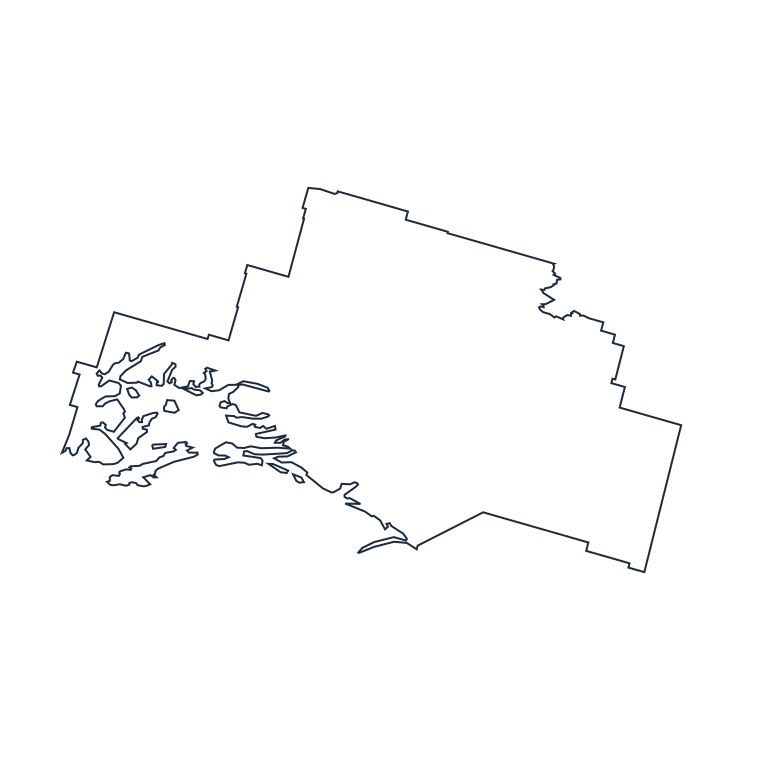 outline of Valdez-Cordova, Alaska, United States of America, rotated 16°
{"feature_id": "52423323B16539688175930", "entity_name": "Valdez-Cordova", "entity_type": "district", "adm_level": 2, "iso_a3": "USA", "parent_name": "United States of America", "parent_adm1": "Alaska", "projection": "natural_earth1", "projection_center": [-146.532, 61.491], "detail": "fine", "context": "isolated", "style": "outline", "palette": "slate", "viewbox_px": 768, "rotation_deg": 16, "n_neighbors": 0, "source": "geoboundaries", "source_scale": "gbopen_adm2", "svg_char_len": 6163}
<svg xmlns="http://www.w3.org/2000/svg" viewBox="0 0 768 768"><g transform="rotate(16 384 384)"><path d="M257.2,216.4L257.2,237.2L260.6,237.2L260.6,247.2L261.6,247.2L262.6,307.3L219.8,307.3L219.8,315.9L221.3,315.9L221.2,350.4L222.6,350.4L222.5,384.9L202.1,384.9L202.0,389.4L104.8,389.4L103.3,447.2L82.6,447.2L81.9,458.8L88.8,458.8L87.8,490.7L95.7,490.7L95.4,519.8L93.4,538.9L96.4,535.8L96.6,533.1L99.3,532.4L101.7,536.8L104.4,538.4L106.1,537.3L107.8,534.8L107.9,529.5L110.8,523.8L109.9,520.8L112.5,518.5L115.7,520.7L117.3,524.0L114.8,529.2L122.0,535.0L119.4,539.4L127.6,538.9L131.4,537.3L136.2,538.7L145.7,535.7L149.5,533.4L153.8,526.8L146.5,519.4L129.5,508.7L123.0,506.3L115.3,507.5L115.1,506.0L122.7,502.2L122.6,499.1L124.5,498.4L127.8,499.9L127.8,502.7L130.5,504.4L137.5,504.4L144.2,487.8L141.5,484.1L142.6,481.9L141.4,480.3L131.8,472.3L124.8,476.4L121.1,480.0L119.8,482.9L114.0,484.6L112.7,483.3L112.8,481.9L113.8,479.1L117.0,475.6L120.0,472.6L128.7,469.9L132.6,466.0L131.6,458.1L128.5,456.2L119.0,456.3L112.8,464.1L110.7,464.8L110.0,463.3L111.4,455.5L109.2,454.1L106.4,454.9L104.9,453.1L106.8,449.3L109.7,451.5L112.7,451.7L115.9,448.3L118.2,440.2L119.5,438.4L123.1,436.7L126.4,432.0L127.3,425.1L130.5,424.9L133.2,431.5L135.1,431.6L140.0,426.6L140.3,423.6L142.0,421.8L156.4,408.8L161.7,405.3L162.5,407.0L158.9,410.5L158.0,413.9L144.2,424.5L144.0,429.1L132.2,442.1L128.5,449.2L128.8,452.4L137.3,453.7L146.2,450.8L146.8,449.5L160.0,450.7L161.1,450.2L159.5,446.8L156.6,444.7L158.7,440.7L166.1,443.7L166.3,444.5L165.2,445.0L165.8,447.9L171.0,447.0L172.2,444.6L169.8,435.0L174.6,423.9L174.6,422.0L178.0,422.4L178.9,424.8L176.4,428.9L175.1,441.2L177.6,442.5L179.5,440.8L178.4,439.3L179.7,436.2L181.1,436.3L182.6,437.9L182.7,442.6L188.4,444.3L196.1,440.3L196.6,434.6L200.7,433.7L200.7,436.7L203.8,438.7L207.3,437.4L206.6,435.7L207.2,433.9L210.5,431.0L211.2,428.4L209.5,424.1L207.7,423.1L209.9,420.5L208.0,418.7L209.5,417.1L218.1,417.6L213.1,420.1L217.9,427.9L218.0,430.6L219.7,432.4L219.3,434.4L213.5,437.5L220.0,438.5L227.2,435.5L234.7,427.7L241.9,425.6L248.0,420.1L262.7,418.7L273.2,419.7L275.7,422.1L275.2,423.0L248.4,423.4L245.7,424.5L244.2,425.9L244.8,427.2L241.1,433.3L237.7,436.3L238.4,441.0L241.4,444.8L239.1,445.4L235.4,444.4L232.1,446.5L231.9,450.4L233.4,451.5L239.3,450.8L239.8,448.5L244.0,445.0L247.4,445.1L252.8,451.1L269.7,449.9L275.2,445.3L281.0,445.1L282.3,445.8L281.4,447.3L275.8,451.1L267.8,453.4L256.7,454.9L251.6,457.0L248.6,456.2L240.9,457.9L245.1,463.8L258.8,464.0L264.3,462.8L268.7,458.5L271.4,458.6L271.0,460.0L272.1,460.8L277.0,460.4L279.4,457.6L283.2,459.5L290.7,454.4L292.3,457.7L274.7,467.3L275.2,468.9L276.0,469.9L284.3,469.0L294.4,465.4L303.4,460.6L303.6,461.5L295.8,468.0L295.3,470.5L300.6,469.1L303.6,465.0L307.8,463.1L303.7,467.0L303.7,470.8L308.8,470.7L311.7,472.0L299.5,474.5L283.6,479.6L273.2,480.6L267.1,484.1L260.3,485.7L254.5,483.0L248.1,483.6L239.5,492.6L239.2,496.3L239.8,497.3L244.6,498.3L250.9,496.6L254.9,497.2L251.2,500.1L242.6,503.1L241.7,503.9L242.0,505.2L245.0,508.1L248.4,508.3L265.1,499.6L271.3,498.2L276.6,498.8L284.3,495.6L289.0,495.8L288.4,491.2L285.9,489.2L268.5,491.5L268.1,487.3L271.0,486.2L278.9,487.2L287.2,485.2L309.8,477.2L314.2,473.0L316.3,472.6L318.2,473.8L311.2,480.2L302.5,483.0L298.9,485.7L307.3,487.7L316.4,484.7L327.5,487.0L334.7,490.2L334.4,492.8L354.1,501.2L363.3,502.7L365.1,502.2L370.7,496.6L370.8,491.7L379.1,489.7L382.7,486.6L385.7,486.7L386.8,487.9L385.2,490.6L376.6,501.4L377.3,503.5L380.7,504.2L382.4,503.1L394.4,505.8L379.6,509.6L401.1,511.9L408.7,514.6L410.5,513.5L417.8,516.1L425.1,523.4L427.1,520.1L425.0,517.8L427.9,516.2L430.1,518.4L443.8,522.6L448.7,526.6L448.4,528.4L435.6,528.5L418.2,538.6L408.4,547.5L405.7,553.0L406.6,553.2L419.5,543.2L437.3,532.8L449.8,530.5L461.0,533.9L460.9,530.1L514.7,480.0L624.1,480.0L624.4,488.7L669.4,488.7L669.6,493.1L686.1,493.1L681.0,341.7L617.0,341.7L616.4,320.5L602.3,320.5L602.2,315.9L605.1,315.9L604.1,281.5L592.7,281.5L592.4,272.9L578.0,272.9L577.8,264.3L563.1,264.3L556.9,263.2L553.5,264.3L553.0,262.7L546.6,261.4L545.2,262.8L545.7,264.0L544.2,264.4L545.0,266.9L541.2,267.2L538.4,270.2L537.7,271.7L538.4,272.5L530.9,271.5L529.5,273.1L524.3,271.1L517.3,271.1L513.7,269.6L511.9,267.6L513.2,266.2L516.3,266.2L515.6,264.2L514.2,263.7L517.5,262.6L524.3,256.2L512.4,252.7L509.0,249.9L512.3,249.4L512.4,247.7L517.5,245.0L520.1,242.0L519.5,241.4L522.2,239.8L521.6,236.1L524.8,234.8L524.3,233.5L516.9,232.3L518.0,230.6L514.9,229.0L515.5,227.5L515.0,223.9L513.4,222.0L514.1,221.5L403.5,221.5L403.4,220.1L359.6,220.1L359.5,211.6L286.4,211.6L286.4,213.4L284.2,214.9L268.9,214.2L257.2,216.4ZM144.7,554.4L148.8,556.4L152.3,555.8L157.6,553.2L164.1,552.9L166.9,551.0L166.5,549.4L168.7,547.9L173.1,547.6L175.0,549.2L181.4,548.6L185.3,546.3L186.9,544.9L178.3,540.0L184.6,536.0L188.4,537.3L191.0,536.4L187.6,534.8L188.7,533.2L188.2,530.9L190.0,527.8L203.7,516.6L221.2,506.4L224.3,503.2L223.7,501.4L215.5,503.7L212.9,502.2L217.6,497.9L210.8,498.0L209.9,496.6L211.1,495.4L209.8,494.3L202.1,497.3L199.5,503.4L202.1,504.7L200.1,506.9L192.7,510.6L191.8,514.0L188.4,516.4L186.3,520.8L174.2,527.3L171.6,530.0L163.2,532.9L162.2,534.3L164.4,535.0L164.2,536.4L159.7,537.1L154.5,540.6L153.8,541.8L154.9,543.2L154.5,545.4L148.1,546.5L146.0,549.0L147.2,552.6L144.7,554.4ZM155.9,484.6L142.9,509.5L143.8,510.2L152.9,511.7L151.6,512.9L158.2,516.8L162.6,509.6L162.7,503.8L169.4,495.4L168.6,493.3L164.5,493.5L163.8,491.8L169.4,488.6L169.1,485.6L170.4,481.5L173.7,478.7L174.5,474.8L173.6,474.1L169.9,475.6L161.5,481.3L161.1,485.0L161.9,487.4L159.2,488.1L157.0,486.5L158.0,484.6L157.1,483.8L155.9,484.6ZM178.9,466.7L180.1,470.3L182.4,470.2L190.6,469.4L193.8,465.6L187.1,457.8L179.9,459.3L180.1,463.8L178.9,466.7ZM138.4,459.6L142.2,464.7L145.1,466.5L150.2,465.0L151.9,462.7L147.3,458.5L142.7,456.9L138.4,459.6ZM192.9,444.0L206.8,446.6L210.9,444.6L212.3,442.6L208.9,440.8L202.9,441.7L200.3,441.0L192.9,444.0ZM294.9,492.6L309.0,497.3L315.0,496.4L315.8,493.7L299.5,491.5L294.9,492.6ZM330.5,496.7L321.5,495.9L326.4,501.3L329.7,502.2L334.1,500.5L330.5,496.7ZM178.2,507.0L179.9,509.9L191.1,504.8L191.1,501.8L178.9,505.8L178.2,507.0Z" fill="none" stroke="#1e293b" stroke-width="2"/></g></svg>